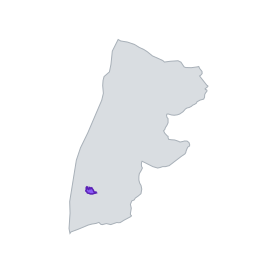 Bodae, Grand Kru, Liberia shown in context, rotated 71°
{"feature_id": "62588387B10493983903288", "entity_name": "Bodae", "entity_type": "district", "adm_level": 2, "iso_a3": "LBR", "parent_name": "Liberia", "parent_adm1": "Grand Kru", "projection": "mercator", "projection_center": [-8.37, 5.14], "detail": "fine", "context": "in_parent", "style": "filled", "palette": "violet", "viewbox_px": 256, "rotation_deg": 71, "n_neighbors": 0, "source": "geoboundaries", "source_scale": "gbopen_adm2", "svg_char_len": 3294}
<svg xmlns="http://www.w3.org/2000/svg" viewBox="0 0 256 256"><g transform="rotate(71 128 128)"><path d="M41.1,108.5L43.3,106.6L46.6,100.5L51.2,94.6L55.5,91.1L58.9,87.5L62.5,84.7L67.7,81.5L75.6,73.1L77.5,72.1L78.7,66.2L80.7,58.8L83.0,56.5L88.4,55.1L89.6,53.8L91.6,48.5L92.8,42.4L92.9,41.1L95.0,40.9L98.6,39.6L100.7,40.2L101.7,41.9L102.1,43.4L113.1,39.6L114.1,38.8L114.7,38.9L116.1,42.4L116.9,42.2L117.5,41.2L118.3,41.1L119.1,41.6L120.0,43.2L121.4,44.6L123.8,45.6L125.3,47.0L125.1,50.7L125.7,54.3L126.7,55.1L127.3,57.2L127.5,59.6L128.1,60.8L128.5,63.2L128.3,65.7L128.7,67.5L130.5,70.6L131.6,74.5L131.6,77.2L131.0,80.1L129.8,82.7L127.7,85.6L127.6,86.8L128.8,87.5L130.6,87.7L132.2,87.1L136.1,88.4L138.1,90.3L139.9,92.6L141.5,93.8L142.2,95.3L145.0,94.9L148.2,93.5L148.9,92.8L149.8,93.2L151.9,93.3L153.3,90.7L154.5,87.8L157.0,84.6L158.2,83.4L158.5,81.3L158.7,78.7L159.6,76.4L161.6,75.1L163.8,75.1L165.0,75.6L165.6,77.8L167.4,79.5L168.9,80.7L169.8,81.2L171.0,82.5L172.2,86.9L177.0,101.3L176.7,105.3L175.8,107.9L175.8,110.5L175.5,113.0L172.6,117.1L164.0,125.5L164.7,126.2L166.7,127.2L168.8,127.7L170.5,127.4L172.6,129.5L174.9,132.2L177.4,133.5L180.9,134.7L184.0,134.9L186.6,134.4L190.3,134.9L194.3,137.1L195.7,140.7L196.6,143.9L198.0,145.5L198.2,148.2L201.0,150.6L204.9,151.0L210.1,153.8L211.4,153.7L212.0,153.3L212.6,153.9L213.9,161.9L214.9,166.2L214.4,168.0L213.7,169.3L213.7,175.8L211.3,179.6L211.0,183.7L210.3,185.0L207.8,186.2L207.8,189.4L207.1,193.2L206.8,197.2L207.5,207.8L207.7,215.7L208.8,217.2L203.9,216.5L189.6,210.5L178.6,207.1L141.6,187.3L131.3,179.4L119.5,167.6L93.2,143.8L87.2,140.0L79.6,138.1L74.9,136.1L71.6,133.9L68.9,127.3L62.3,123.4L50.2,117.8L41.1,108.5Z" fill="#d9dde1" stroke="#a8b0b8" stroke-width="1"/><path d="M172.8,181.8L173.1,182.0L172.9,182.1L172.8,182.3L172.7,182.6L172.9,182.8L172.7,182.8L172.5,183.0L172.4,183.0L172.3,183.4L172.1,183.5L171.9,183.7L171.7,183.7L171.7,183.9L171.8,184.1L172.1,184.3L172.4,184.5L172.6,184.5L172.8,184.8L173.1,185.1L173.3,185.1L173.3,185.3L173.2,185.3L172.8,185.4L172.8,185.5L172.7,185.5L172.7,185.4L172.7,185.2L172.6,185.3L172.6,185.5L172.4,185.6L172.2,185.4L171.9,185.3L171.8,185.5L171.7,185.6L171.4,185.7L171.2,185.7L171.0,185.8L170.9,185.8L170.8,186.0L170.7,186.0L170.6,185.9L170.6,186.0L170.8,186.2L170.9,186.3L170.6,186.5L170.4,186.5L170.5,186.7L170.6,186.8L170.8,186.9L171.0,187.0L171.3,187.2L171.5,187.2L172.0,187.1L172.4,187.2L172.5,187.3L172.7,187.6L172.8,187.6L173.0,187.9L173.3,188.1L173.5,188.3L173.8,188.4L174.0,188.3L174.1,188.2L174.3,188.1L174.5,187.9L174.7,187.7L174.8,187.7L175.0,187.7L175.4,187.7L175.6,187.7L175.8,187.7L176.0,187.6L176.3,187.4L176.5,187.2L176.7,186.8L176.8,186.6L176.9,186.3L177.0,186.1L177.1,185.9L177.3,185.8L177.5,185.7L177.8,185.4L178.0,185.2L178.1,184.9L178.2,184.6L178.3,184.4L178.4,184.0L178.5,183.8L178.7,183.5L178.7,183.3L178.7,183.1L178.8,182.9L178.8,182.7L178.8,180.9L178.9,180.6L179.0,179.8L179.0,179.0L178.6,179.2L178.4,179.2L178.1,179.2L178.1,179.3L178.0,179.5L178.0,179.9L177.8,180.2L177.6,180.5L177.4,180.7L177.3,180.8L177.1,181.0L176.9,181.0L176.6,181.0L176.1,181.0L175.9,181.0L175.4,181.0L175.1,181.2L174.9,181.2L174.6,181.3L174.4,181.4L174.2,181.4L173.9,181.5L173.7,181.6L173.3,181.7L173.0,181.6L172.9,181.7L172.8,181.8Z" fill="#8b5cf6" stroke="#5b21b6" stroke-width="1.5"/></g></svg>